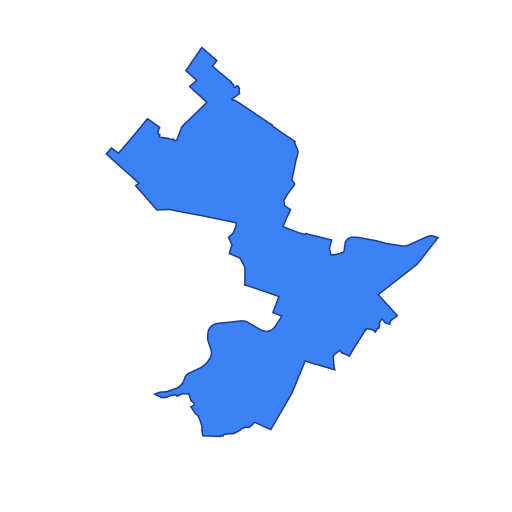 outline of Cogealac, Constanta, Romania, rotated 15°
{"feature_id": "2599482B50203536689618", "entity_name": "Cogealac", "entity_type": "district", "adm_level": 2, "iso_a3": "ROU", "parent_name": "Romania", "parent_adm1": "Constanta", "projection": "natural_earth1", "projection_center": [28.518, 44.563], "detail": "fine", "context": "isolated", "style": "filled", "palette": "blue", "viewbox_px": 512, "rotation_deg": 15, "n_neighbors": 0, "source": "geoboundaries", "source_scale": "gbopen_adm2", "svg_char_len": 6004}
<svg xmlns="http://www.w3.org/2000/svg" viewBox="0 0 512 512"><g transform="rotate(15 256 256)"><path d="M420.6,206.3L425.1,195.9L427.0,191.2L423.6,190.9L422.7,190.9L422.0,191.0L421.3,191.0L419.8,191.3L418.9,191.6L417.8,192.1L416.8,192.7L415.1,194.0L399.9,206.4L399.0,207.0L398.0,207.4L397.2,207.8L396.0,208.2L394.1,208.5L379.5,210.1L378.2,210.2L368.4,210.1L351.0,211.5L349.3,211.7L348.1,211.9L346.1,212.4L344.5,212.8L343.4,213.2L342.7,213.6L341.9,214.1L341.3,214.6L340.7,215.1L340.1,216.0L339.5,216.9L339.2,217.5L339.0,218.3L338.8,219.2L338.8,220.3L339.2,224.4L339.7,227.6L339.7,228.5L339.5,229.9L339.2,230.0L337.4,230.8L336.9,231.9L328.2,235.7L324.9,229.6L325.0,221.0L297.9,221.5L297.9,222.5L297.5,222.6L292.5,222.5L287.8,222.1L274.5,220.6L276.2,208.5L276.4,208.0L276.6,207.0L277.3,202.0L276.0,201.9L275.6,201.8L271.6,200.3L270.9,199.9L270.5,199.5L270.0,198.8L268.7,195.8L268.7,195.4L268.7,194.6L268.8,194.0L270.8,187.1L274.6,177.8L274.7,177.0L274.7,176.5L274.0,175.5L272.6,174.4L271.8,173.8L270.9,173.6L270.4,161.1L270.3,160.9L269.9,154.3L269.9,154.2L269.8,144.5L267.8,141.6L265.7,138.9L263.8,136.3L263.6,135.9L264.2,135.5L264.0,135.3L259.6,133.7L251.5,131.1L247.9,129.7L244.7,128.6L239.9,126.8L238.8,126.4L237.9,125.9L237.7,125.5L237.7,125.2L236.9,125.0L234.5,124.3L215.8,117.9L212.2,116.7L201.9,113.1L199.4,112.3L195.4,111.1L194.8,111.0L194.1,111.0L193.5,111.5L192.7,111.6L192.1,110.9L192.1,110.7L192.2,110.4L193.5,108.8L196.5,105.2L198.1,103.0L197.6,102.7L197.3,102.0L197.3,101.7L197.2,101.3L197.1,100.8L197.0,100.1L196.9,99.6L196.5,99.1L196.4,98.7L196.6,98.2L195.8,97.8L195.7,97.6L195.4,96.9L195.0,96.7L194.8,96.8L194.3,96.8L193.7,96.7L193.1,96.6L192.7,98.1L192.0,98.6L191.7,98.6L191.2,98.5L190.5,97.2L189.6,96.5L188.9,95.6L187.0,95.3L187.3,94.3L183.1,92.5L171.8,87.3L165.0,83.9L166.2,80.8L167.3,78.0L167.6,77.4L149.7,68.6L140.3,95.1L153.3,101.7L148.0,109.5L161.0,116.2L161.6,116.5L161.8,116.7L162.2,116.8L165.2,118.4L166.2,119.0L168.3,120.0L168.5,120.2L168.6,120.3L168.6,120.5L164.7,127.3L155.7,142.3L155.2,143.0L154.1,144.8L151.0,150.2L150.9,150.7L150.7,152.3L150.6,154.2L150.2,157.3L149.5,164.8L148.5,165.4L147.8,165.4L147.2,165.2L145.9,164.5L145.6,164.4L145.3,164.9L145.1,165.1L144.0,165.2L142.5,165.5L140.6,165.0L138.0,165.5L136.9,165.5L132.8,166.1L132.4,166.1L131.6,165.9L131.5,165.7L131.5,165.1L131.8,163.8L131.8,163.5L130.8,163.7L130.4,163.6L129.8,163.0L129.3,161.5L129.3,160.9L129.3,159.2L129.7,157.3L129.7,156.7L115.6,151.4L111.5,160.8L107.3,169.9L101.3,182.6L96.6,192.2L88.4,189.1L87.6,190.7L85.0,196.1L99.7,203.8L112.1,209.8L124.1,216.1L121.5,219.2L148.1,237.0L148.3,237.3L150.9,236.2L151.4,236.2L160.1,233.5L161.6,233.3L163.9,233.2L164.9,233.2L175.2,232.5L190.4,231.3L191.0,231.2L215.0,229.8L221.4,229.4L226.3,229.2L227.5,229.2L227.9,229.1L228.3,229.5L228.5,229.8L228.7,230.2L228.8,230.6L228.8,234.9L228.7,235.6L227.8,240.1L227.7,240.4L224.6,245.1L225.2,245.9L229.6,251.0L229.8,251.7L229.8,252.2L229.8,253.5L229.5,258.9L229.6,259.2L229.8,259.6L229.9,259.8L229.8,260.3L229.7,260.6L230.4,260.6L241.2,262.2L241.2,262.4L246.4,267.8L247.9,269.4L248.1,269.8L248.5,270.9L252.7,286.7L252.9,287.1L253.6,286.9L256.7,287.0L267.1,287.6L288.6,289.2L286.9,306.3L296.5,307.4L294.4,314.2L293.0,318.3L292.4,319.8L291.6,321.3L290.9,322.5L289.8,323.6L288.7,324.6L287.5,325.4L286.2,325.9L284.6,326.3L283.2,326.5L282.4,326.5L280.1,326.2L264.0,321.9L261.7,321.8L260.5,322.0L259.0,322.3L249.1,326.2L237.7,330.5L235.0,331.7L234.0,332.4L232.8,333.3L232.0,334.1L231.2,335.2L230.4,336.4L230.1,337.2L229.5,338.9L229.3,340.8L229.4,341.8L229.7,343.6L230.4,347.3L230.6,348.2L230.9,349.0L231.9,350.8L236.8,358.2L237.3,359.2L237.7,360.2L238.1,361.3L238.3,362.2L238.4,363.1L238.4,364.4L238.3,364.9L238.2,365.7L237.9,366.8L236.3,371.6L235.6,372.8L234.3,374.8L232.2,377.4L231.4,378.3L229.7,379.8L227.5,381.6L226.2,382.5L225.1,383.7L221.4,386.7L220.3,387.8L220.1,388.2L219.5,389.0L219.3,389.5L219.1,390.1L218.9,390.9L218.5,395.7L218.3,396.9L218.1,397.5L217.6,398.6L216.5,400.7L215.8,401.7L215.5,402.3L214.3,403.6L213.8,404.1L211.7,405.5L207.8,408.2L205.3,409.9L204.9,410.1L203.7,410.6L199.3,412.1L198.1,412.6L197.2,413.2L193.9,415.6L197.2,416.5L198.0,416.6L198.6,416.4L198.8,416.4L200.9,417.3L201.4,417.2L202.9,416.7L204.4,416.3L205.8,415.8L206.5,415.4L209.3,413.3L212.3,411.7L214.0,410.8L214.4,410.9L215.5,411.6L216.1,411.7L216.4,411.7L219.3,409.0L220.1,408.4L222.6,407.5L224.0,407.4L226.5,406.6L226.9,406.5L227.0,406.7L226.9,406.7L230.6,412.6L234.1,414.1L234.8,416.1L232.1,418.5L238.4,424.0L238.5,423.9L240.7,424.8L243.3,427.6L247.2,433.4L249.1,438.2L248.8,438.4L249.3,439.5L249.5,439.9L251.2,443.4L251.5,443.3L268.7,439.5L269.0,438.3L270.9,438.4L271.0,438.0L271.0,437.7L271.1,437.4L271.1,437.1L271.3,436.9L271.4,436.7L271.5,436.4L272.1,436.2L272.7,436.1L273.8,435.7L274.9,434.8L275.5,434.6L276.9,434.6L278.4,434.1L279.1,433.6L279.4,433.5L280.2,433.6L285.9,428.3L286.0,427.4L288.5,425.3L289.6,424.6L291.2,423.9L292.9,423.6L293.4,423.5L293.6,423.0L294.7,422.4L295.1,421.4L295.6,420.8L295.9,420.2L296.5,419.8L296.9,418.0L297.8,417.3L298.0,417.0L307.0,418.5L315.2,419.9L326.0,379.9L326.2,379.2L330.7,344.7L341.3,345.2L341.7,345.3L342.0,345.1L344.1,345.1L361.4,345.5L361.6,345.5L361.3,345.0L360.6,343.7L359.6,341.6L358.1,337.5L356.4,332.1L361.3,325.4L363.1,326.8L364.0,327.3L364.5,327.4L366.3,327.6L369.1,327.9L370.8,328.2L372.0,328.6L372.3,327.9L373.1,324.8L375.1,317.8L378.3,307.5L380.3,301.3L380.5,300.6L380.5,299.7L380.3,298.8L381.0,298.7L381.2,299.0L381.5,298.7L381.1,298.2L382.5,297.1L382.9,297.4L384.7,297.3L386.1,297.4L386.5,297.0L387.0,296.8L387.9,297.0L388.2,297.3L388.5,297.8L389.4,297.7L390.2,297.8L391.0,298.6L391.7,296.6L391.4,295.8L391.5,295.2L393.1,294.2L393.2,293.9L393.5,293.6L393.3,292.3L393.4,291.1L392.7,289.1L392.6,287.4L393.0,287.0L393.2,286.3L393.3,285.6L393.6,285.0L394.3,284.2L395.5,285.1L396.1,285.7L398.1,287.1L402.7,287.4L402.9,283.6L406.0,279.7L408.0,277.1L393.9,268.0L384.1,261.6L402.8,236.8L413.8,222.3L417.1,214.8L420.6,206.3Z" fill="#3b82f6" stroke="#1e3a8a" stroke-width="1.5"/></g></svg>